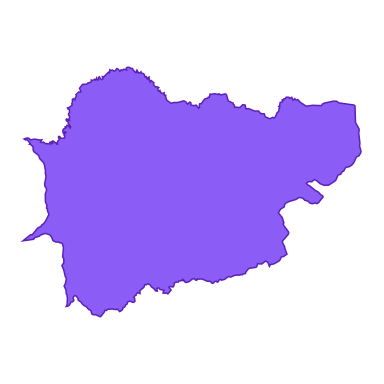 outline of Alcinópolis, Mato Grosso do Sul, Brazil
{"feature_id": "56859067B51607126831923", "entity_name": "Alcinópolis", "entity_type": "district", "adm_level": 2, "iso_a3": "BRA", "parent_name": "Brazil", "parent_adm1": "Mato Grosso do Sul", "projection": "robinson", "projection_center": [-53.767, -18.226], "detail": "fine", "context": "isolated", "style": "filled", "palette": "violet", "viewbox_px": 384, "rotation_deg": 0, "n_neighbors": 0, "source": "geoboundaries", "source_scale": "gbopen_adm2", "svg_char_len": 5842}
<svg xmlns="http://www.w3.org/2000/svg" viewBox="0 0 384 384"><path d="M297.8,99.6L296.6,100.1L295.5,99.8L294.8,98.6L292.9,100.2L291.8,97.3L289.7,98.4L289.0,97.3L287.7,97.2L286.2,97.2L285.2,98.6L283.8,98.9L283.4,100.1L282.3,99.8L282.4,101.8L280.1,102.5L279.6,105.9L278.8,106.6L279.8,107.1L279.1,108.5L278.6,111.5L277.2,112.5L275.3,117.0L274.2,117.9L272.9,117.3L269.8,118.8L265.1,116.7L264.4,113.9L260.4,113.4L258.6,111.0L254.7,111.1L248.7,108.6L246.0,108.9L245.1,105.0L242.7,104.7L240.3,107.1L238.8,107.6L236.5,107.1L234.6,107.4L234.4,105.3L233.4,104.3L233.1,103.1L228.3,101.0L226.4,94.5L225.1,93.9L221.0,94.9L218.8,93.8L218.1,94.5L214.5,93.6L211.3,94.4L210.1,94.0L209.3,97.3L208.2,97.3L207.6,98.2L204.7,99.0L201.2,103.7L199.7,103.8L199.3,105.3L199.5,107.2L198.6,108.2L196.2,105.1L194.2,105.6L191.0,105.1L190.8,102.6L189.8,102.1L187.5,104.2L186.2,102.1L183.8,100.8L177.7,102.5L174.2,102.5L170.9,103.2L169.9,102.5L166.7,100.1L165.6,96.5L165.8,95.3L164.4,95.2L164.0,93.9L164.2,92.8L162.7,93.5L160.9,92.7L159.9,90.4L159.0,91.5L158.0,90.4L157.8,88.7L158.8,87.6L157.6,86.9L155.1,86.7L153.5,84.4L153.9,82.8L151.2,80.5L150.1,82.0L149.2,79.1L149.0,77.0L148.0,77.8L147.7,79.2L146.9,78.5L146.4,76.6L145.0,77.0L144.4,74.7L143.5,73.6L141.3,73.1L141.0,71.8L140.1,72.7L138.6,73.0L136.9,70.1L136.4,71.1L136.7,72.5L135.4,72.5L133.1,69.8L132.5,68.5L130.8,68.4L129.7,67.5L127.9,67.2L126.5,67.7L126.2,68.8L126.6,69.9L123.6,69.2L122.1,70.5L121.1,69.8L119.8,71.3L118.3,69.2L116.7,68.6L115.3,70.6L114.2,71.2L112.4,70.0L111.1,70.5L109.8,69.8L109.5,72.9L108.4,72.2L103.7,77.0L102.3,76.6L103.0,78.8L102.0,79.5L101.0,79.4L99.4,76.8L98.5,77.5L98.6,79.4L97.8,80.1L96.9,79.2L96.6,78.0L95.5,80.1L94.5,79.3L92.4,80.6L91.3,80.0L91.3,81.5L90.5,82.2L87.6,83.2L86.8,84.1L82.5,84.4L79.5,88.3L80.9,91.7L79.8,92.2L78.7,92.0L75.9,94.6L76.5,96.3L75.4,97.5L74.9,99.9L73.4,98.7L72.3,99.6L72.5,101.8L71.8,103.7L72.2,105.3L68.7,107.7L67.5,107.9L68.2,109.2L69.4,109.3L69.5,112.7L68.7,113.5L68.5,114.7L69.8,117.2L69.0,118.8L69.5,120.3L66.7,118.9L66.0,119.8L66.6,121.0L68.1,121.4L68.1,123.2L70.7,126.9L70.2,128.0L68.4,125.6L66.9,125.3L66.4,127.1L65.2,126.8L65.3,128.3L64.0,128.6L63.0,129.9L62.8,131.4L63.3,133.2L64.5,132.8L65.0,131.8L66.0,132.4L63.9,134.9L64.7,135.9L64.5,137.9L62.1,138.4L60.8,137.9L59.6,136.5L58.6,136.5L58.5,137.9L59.6,139.0L57.7,141.3L57.2,142.8L57.7,144.0L56.7,144.1L56.1,143.1L53.0,140.9L52.1,141.4L52.9,142.8L51.1,144.1L51.2,142.1L50.1,142.1L49.3,143.6L48.3,144.0L46.9,143.5L45.8,143.9L43.5,142.1L41.4,142.6L40.5,142.1L41.8,139.8L40.1,140.0L34.4,139.1L30.7,139.8L28.8,138.2L26.8,138.0L24.1,139.0L25.6,140.0L26.7,139.8L27.8,140.5L30.1,143.3L29.4,144.2L30.7,144.5L33.1,147.0L33.2,150.5L34.0,151.8L37.8,154.7L39.1,156.4L39.6,158.5L43.4,162.5L44.4,164.7L45.5,171.3L45.3,173.3L46.1,176.2L44.6,184.0L44.9,186.3L46.2,188.1L46.5,190.4L45.3,194.1L45.4,201.9L46.9,205.1L46.5,208.1L47.5,209.0L47.4,210.5L48.9,214.4L45.8,220.7L43.5,223.9L42.1,224.5L40.9,226.4L37.7,228.0L32.3,234.7L30.6,234.7L23.0,240.8L33.6,239.3L34.8,237.5L38.9,236.4L41.1,234.8L45.3,233.4L49.5,234.7L50.6,235.8L52.0,237.9L52.8,240.3L53.7,241.1L56.2,242.1L58.5,241.9L59.4,242.7L62.2,243.2L63.5,247.6L62.6,256.9L63.8,258.9L63.8,260.9L63.8,262.7L61.9,265.5L63.8,270.1L65.2,276.2L66.4,278.7L65.4,283.5L64.1,286.0L66.0,290.1L66.2,293.7L67.0,295.1L67.4,298.5L67.1,304.3L66.2,306.5L67.8,306.2L69.4,305.2L71.0,302.1L72.4,301.9L73.5,301.1L73.9,299.9L73.0,298.3L73.4,296.9L74.4,295.8L76.0,295.8L78.0,298.4L78.2,300.2L81.2,302.2L81.9,303.6L84.1,305.6L86.2,306.6L88.9,309.7L90.1,310.0L91.0,310.9L91.7,313.7L92.7,314.6L96.1,314.9L100.1,316.8L101.3,316.0L104.3,312.0L104.8,310.4L106.6,310.5L107.5,309.3L112.3,309.0L115.9,309.6L117.6,309.2L119.7,311.6L121.6,310.5L122.7,309.2L122.9,307.8L124.3,307.2L125.3,306.2L125.7,304.7L127.0,304.2L127.8,301.7L130.3,301.2L132.7,302.4L134.1,302.1L135.0,301.2L134.6,298.3L133.9,297.0L134.7,295.9L136.0,295.4L136.3,294.0L137.5,292.6L140.0,293.6L139.9,290.6L143.9,287.3L144.7,284.7L146.3,284.7L147.9,283.8L150.3,285.0L151.3,286.8L153.7,288.5L155.6,290.9L157.3,291.1L156.8,288.4L158.6,287.8L160.1,289.5L164.0,290.3L163.3,291.5L163.1,293.2L166.8,293.2L167.9,293.9L171.1,290.0L168.9,287.3L169.9,286.5L173.0,287.0L173.7,286.2L174.6,282.8L176.0,282.1L178.2,282.1L179.1,280.8L180.8,280.9L181.7,280.2L182.7,280.6L182.6,279.4L183.7,280.0L185.1,282.1L186.5,282.5L189.1,281.6L192.4,279.0L194.4,278.7L195.5,280.0L196.7,280.3L196.8,279.2L202.0,279.0L207.1,281.2L211.0,281.4L211.3,282.7L212.3,283.4L213.6,283.0L214.5,281.6L216.2,281.2L217.3,282.2L218.4,281.5L219.1,280.0L220.4,279.3L221.3,280.2L224.6,279.4L228.3,276.6L230.9,277.0L235.2,275.1L239.9,275.1L241.1,274.5L242.2,274.8L243.1,274.0L245.4,273.6L245.8,272.0L248.5,268.8L249.8,268.2L255.8,267.4L256.7,266.8L257.6,263.7L261.9,264.0L265.2,261.2L267.4,261.9L268.1,262.9L269.4,266.4L270.5,264.5L273.9,263.9L279.5,260.7L281.4,257.0L283.8,256.4L287.0,254.1L284.9,248.7L284.7,246.9L282.5,242.5L282.5,241.1L288.1,234.6L288.7,233.1L288.4,231.7L283.7,225.4L283.3,224.0L283.9,222.8L282.2,217.5L278.4,212.9L280.4,209.3L284.3,206.8L284.6,204.5L286.2,202.9L289.1,201.5L295.9,199.5L299.0,197.5L302.5,197.9L304.7,200.2L308.0,201.2L309.6,202.9L311.0,203.5L312.6,203.7L315.5,202.9L316.9,203.7L318.4,202.8L323.1,197.0L322.6,195.7L321.1,195.0L318.0,191.8L315.3,190.5L309.1,185.4L307.6,184.9L306.4,183.3L308.8,181.5L311.8,181.8L314.1,179.6L316.4,180.5L320.3,183.8L324.2,185.3L328.6,185.2L335.0,181.0L336.0,179.9L338.0,175.1L340.6,174.3L342.4,171.6L343.4,171.2L344.3,170.1L345.0,168.4L346.0,167.4L349.5,166.6L352.0,164.9L353.9,162.5L356.0,157.8L356.7,156.8L358.9,155.9L360.7,152.9L361.0,151.2L359.6,146.1L359.9,142.8L358.7,132.8L359.2,130.2L358.9,128.5L355.5,122.6L355.0,105.9L353.9,105.0L338.9,102.9L336.8,101.3L333.7,101.1L324.7,103.0L322.5,104.0L321.4,105.6L312.5,105.3L306.2,106.2L300.4,102.4L297.8,99.6Z" fill="#8b5cf6" stroke="#5b21b6" stroke-width="1.5"/></svg>